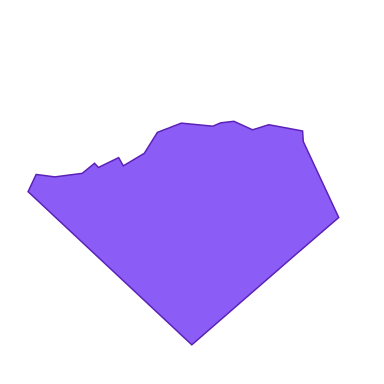 Rains, Texas, United States of America, rotated 139°
{"feature_id": "52423323B52067062833636", "entity_name": "Rains", "entity_type": "district", "adm_level": 2, "iso_a3": "USA", "parent_name": "United States of America", "parent_adm1": "Texas", "projection": "natural_earth1", "projection_center": [-95.807, 32.846], "detail": "fine", "context": "isolated", "style": "filled", "palette": "violet", "viewbox_px": 384, "rotation_deg": 139, "n_neighbors": 0, "source": "geoboundaries", "source_scale": "gbopen_adm2", "svg_char_len": 438}
<svg xmlns="http://www.w3.org/2000/svg" viewBox="0 0 384 384"><g transform="rotate(139 192 192)"><path d="M294.1,93.2L292.4,76.8L156.0,76.8L98.0,76.5L74.9,157.1L68.5,165.5L89.9,192.4L105.5,199.2L114.0,217.9L125.0,225.4L133.1,228.0L154.9,251.0L179.0,259.7L202.6,252.5L226.7,256.8L224.8,266.1L246.5,271.9L246.7,277.6L262.6,278.1L285.6,293.4L298.1,307.5L315.5,299.8L294.1,93.2Z" fill="#8b5cf6" stroke="#5b21b6" stroke-width="1.5"/></g></svg>